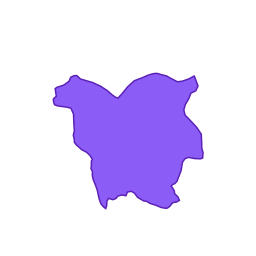 the district of Labe, Labé, Guinea, rotated 303°
{"feature_id": "49546643B62226026687736", "entity_name": "Labe", "entity_type": "district", "adm_level": 2, "iso_a3": "GIN", "parent_name": "Guinea", "parent_adm1": "Labé", "projection": "robinson", "projection_center": [-12.343, 11.413], "detail": "fine", "context": "isolated", "style": "filled", "palette": "violet", "viewbox_px": 256, "rotation_deg": 303, "n_neighbors": 0, "source": "geoboundaries", "source_scale": "gbopen_adm2", "svg_char_len": 1677}
<svg xmlns="http://www.w3.org/2000/svg" viewBox="0 0 256 256"><g transform="rotate(303 128 128)"><path d="M201.4,163.8L207.7,155.3L207.7,155.2L202.5,152.4L197.0,148.2L193.7,144.3L192.8,135.4L192.7,132.0L190.7,126.3L189.9,123.2L188.6,121.1L186.4,118.7L183.0,115.9L177.8,112.5L171.0,107.5L162.4,105.3L153.3,104.3L147.6,103.3L147.0,100.5L147.2,96.2L148.1,90.5L148.1,82.0L146.8,73.3L143.2,61.4L144.1,56.6L142.6,54.3L139.3,52.3L135.2,53.1L129.3,50.9L127.6,49.7L123.4,46.2L121.3,45.5L115.4,50.7L114.9,50.4L113.4,50.0L112.7,49.7L112.2,49.8L111.4,49.7L109.2,51.6L107.5,53.7L108.3,57.2L112.1,65.2L113.5,69.4L110.0,74.7L104.9,78.3L102.6,79.9L96.6,84.4L92.1,86.1L89.0,89.3L86.8,90.8L85.7,93.8L84.6,101.1L85.1,106.6L84.2,111.3L82.5,114.7L82.1,115.3L80.3,115.3L76.9,117.5L73.6,119.2L72.3,121.7L70.3,123.0L68.8,123.9L65.9,126.8L65.2,127.7L62.2,132.1L58.9,136.3L56.2,139.0L53.6,141.6L50.8,145.0L49.5,147.0L48.4,150.9L48.3,153.2L49.4,152.9L51.3,152.4L55.2,150.1L58.4,150.1L59.7,154.4L62.3,156.3L65.5,156.6L68.5,159.4L70.1,163.2L74.0,162.4L76.7,165.3L76.9,168.9L75.1,173.7L75.2,177.1L75.4,181.0L76.6,183.3L76.8,187.8L77.7,191.0L78.2,192.7L78.9,196.2L79.3,198.6L79.8,200.1L81.2,203.4L82.4,204.7L85.1,205.7L87.4,205.9L90.1,206.4L91.7,208.3L92.6,209.2L95.3,210.5L97.4,207.4L98.4,202.8L100.5,201.1L101.9,198.2L102.8,195.9L105.1,196.3L106.7,197.5L109.9,198.1L120.9,195.8L129.2,192.3L133.2,192.5L136.3,194.7L138.5,200.2L141.5,205.4L143.4,207.0L148.3,204.3L150.7,201.5L150.9,201.1L155.4,198.1L160.1,194.7L162.7,192.8L165.9,185.4L167.9,177.5L169.9,168.9L173.5,165.0L178.9,163.3L185.5,163.0L188.0,162.5L191.4,161.8L196.2,164.6L201.4,163.8Z" fill="#8b5cf6" stroke="#5b21b6" stroke-width="1.5"/></g></svg>